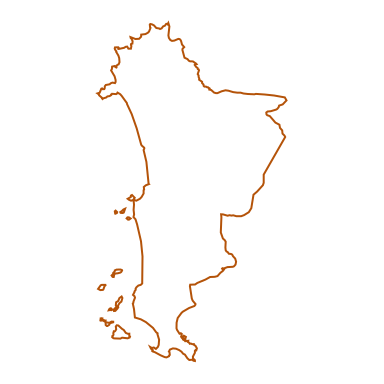 outline of Kiri Sakor, Kaôh Kong, Cambodia
{"feature_id": "14789045B21288093424690", "entity_name": "Kiri Sakor", "entity_type": "district", "adm_level": 2, "iso_a3": "KHM", "parent_name": "Cambodia", "parent_adm1": "Kaôh Kong", "projection": "albers", "projection_center": [103.125, 11.088], "detail": "fine", "context": "isolated", "style": "outline", "palette": "amber", "viewbox_px": 384, "rotation_deg": 0, "n_neighbors": 0, "source": "geoboundaries", "source_scale": "gbopen_adm2", "svg_char_len": 5977}
<svg xmlns="http://www.w3.org/2000/svg" viewBox="0 0 384 384"><path d="M284.8,97.4L274.1,95.5L264.6,94.5L255.9,93.9L254.4,94.3L247.9,94.0L243.5,93.5L240.7,92.7L237.5,92.7L233.1,92.1L228.4,90.7L225.5,90.3L221.6,91.3L217.5,93.1L215.9,93.1L214.1,92.6L211.2,90.0L209.4,89.6L209.7,88.5L209.4,88.2L208.8,88.4L207.9,87.2L206.9,87.2L206.0,86.6L204.4,86.6L203.7,86.0L203.5,84.5L202.1,83.1L202.1,81.8L199.1,79.7L199.3,78.7L198.6,76.9L198.6,75.5L197.7,74.1L199.0,70.3L198.6,69.4L197.8,69.1L197.6,68.0L196.2,67.0L194.7,64.9L195.2,64.3L196.5,64.1L196.2,63.7L192.9,61.4L190.0,61.3L188.8,60.7L187.5,59.1L184.5,57.7L182.4,49.9L182.6,48.7L184.2,47.1L182.0,44.5L181.1,41.1L180.4,39.8L179.6,39.1L178.3,38.9L174.3,40.6L172.0,40.9L170.3,40.0L168.9,37.9L168.4,35.4L169.4,26.5L168.3,23.0L167.7,24.2L167.4,23.8L166.2,23.9L164.9,25.7L163.1,26.4L161.6,28.4L160.0,29.0L159.3,28.5L156.3,28.0L154.0,25.4L152.1,24.4L150.3,24.0L149.8,24.6L150.1,27.5L150.5,27.9L149.0,31.6L147.8,32.8L145.4,34.1L141.2,34.6L141.1,36.7L139.1,38.8L135.4,39.0L130.5,37.1L130.7,38.0L131.5,38.7L132.6,41.2L132.4,43.6L131.1,44.0L130.9,44.9L131.4,46.0L130.9,48.7L128.4,48.7L127.2,46.6L125.7,46.8L124.1,47.8L118.6,49.0L117.5,48.5L118.7,48.5L118.8,47.9L118.3,47.3L115.0,47.4L114.7,48.4L115.0,49.5L116.4,51.4L116.2,51.9L118.4,55.6L119.2,58.1L119.5,62.2L118.6,64.4L117.5,64.8L116.2,66.1L116.6,67.1L116.4,67.5L115.4,67.1L114.7,66.0L112.1,66.6L111.9,69.0L111.1,70.4L114.6,76.3L115.6,80.0L115.6,82.0L115.0,83.1L112.5,82.6L110.7,83.3L109.6,84.3L105.8,85.0L104.8,86.3L104.7,88.2L104.3,89.1L102.8,89.2L102.1,88.4L101.3,88.7L99.7,92.7L97.5,93.4L98.9,94.4L99.1,95.3L102.1,97.9L102.0,98.4L102.6,99.0L103.1,98.4L106.2,97.5L107.4,96.4L109.5,96.1L110.7,95.4L111.0,94.7L111.4,94.8L112.0,93.8L116.1,94.1L116.9,93.7L117.5,92.6L120.2,94.2L121.7,95.9L126.9,103.1L127.0,104.0L131.7,114.1L136.7,128.4L141.2,144.7L141.8,145.6L144.2,147.7L144.3,148.6L143.6,150.0L146.4,161.9L148.6,183.8L148.9,184.1L145.8,185.3L143.8,187.0L144.1,189.6L143.6,190.2L143.6,193.5L141.6,197.0L139.9,198.8L136.3,200.7L134.6,200.1L133.9,198.9L134.7,197.8L132.0,195.0L130.9,195.6L130.8,197.0L127.7,198.8L129.0,199.8L131.1,200.7L132.7,200.1L133.7,201.4L134.0,204.6L133.6,209.9L134.1,214.4L133.5,217.1L135.5,219.3L137.1,224.4L141.0,241.3L142.5,256.4L142.2,283.5L140.7,284.9L138.4,285.5L136.5,287.2L135.6,288.6L135.7,289.8L134.5,291.4L134.5,292.1L133.0,294.9L134.5,296.2L135.0,297.7L133.5,301.5L133.3,303.0L132.8,303.5L134.0,309.1L134.9,317.5L140.8,319.3L145.9,322.1L153.0,327.9L156.2,332.3L157.6,333.3L157.4,334.0L159.1,339.7L158.7,344.9L157.9,346.9L155.9,348.9L153.8,347.5L151.8,348.0L150.2,347.0L151.0,348.7L152.8,350.1L152.2,351.0L152.8,351.5L154.9,352.2L160.6,355.3L164.7,357.1L166.5,357.4L169.0,356.2L169.1,355.5L169.8,354.9L169.5,352.1L168.9,351.6L169.9,349.6L172.9,348.4L176.0,348.7L179.2,350.1L181.5,351.7L183.1,353.7L184.9,354.6L187.4,358.3L189.3,360.0L192.2,359.7L193.4,360.7L194.9,361.0L194.9,360.2L193.0,358.4L192.9,356.6L194.9,352.8L194.9,350.8L195.6,350.0L196.3,350.3L196.9,348.3L195.4,345.7L194.2,345.1L193.9,344.1L192.3,344.2L190.8,343.5L189.8,343.8L189.0,342.6L187.9,342.0L188.2,340.8L185.2,341.2L184.8,340.7L185.3,339.8L184.9,339.5L184.2,340.0L183.5,339.9L182.9,339.4L182.9,338.3L183.3,338.1L184.7,338.6L185.5,338.2L185.9,336.9L183.8,335.7L182.4,337.3L182.0,337.1L181.6,337.5L181.1,336.7L181.6,336.0L181.4,334.9L181.8,334.0L180.8,333.2L179.5,333.7L177.0,329.8L176.5,328.3L176.6,322.7L177.7,318.0L181.5,312.9L182.8,311.7L189.1,308.0L194.4,306.0L195.4,304.7L195.5,304.0L192.7,300.7L191.8,298.5L189.9,286.1L190.2,284.7L195.1,284.5L197.4,282.9L205.4,279.6L210.1,277.0L214.8,276.8L217.5,276.1L220.4,272.8L222.9,270.9L223.2,270.1L222.1,268.6L222.5,268.2L223.0,268.2L224.2,269.2L224.8,268.1L227.5,267.1L232.8,266.8L234.0,266.3L235.5,264.6L236.1,261.7L235.2,258.6L233.0,256.2L232.2,254.6L231.1,254.0L228.8,253.7L227.7,252.1L226.5,251.5L225.7,250.3L225.4,247.5L225.7,241.7L224.7,240.1L222.9,238.5L220.8,232.5L221.4,217.2L221.1,214.3L223.0,214.4L227.6,215.7L229.5,215.2L231.5,215.6L233.2,215.3L236.4,216.2L241.2,216.2L244.1,215.1L248.8,212.2L251.3,208.2L253.5,194.7L257.1,191.6L262.9,185.2L263.7,182.8L263.7,174.6L285.2,137.0L284.5,135.6L282.5,133.6L282.2,130.4L280.0,127.9L279.4,124.7L275.4,122.6L269.8,116.1L267.2,115.2L266.5,114.4L266.3,112.5L267.6,111.5L270.8,111.2L276.1,109.6L277.3,108.9L278.7,107.1L279.1,105.6L282.7,104.4L286.5,100.4L284.8,97.4ZM125.8,332.9L123.7,329.9L122.2,329.0L118.3,325.5L116.7,325.3L115.8,326.5L116.2,329.4L115.1,331.1L114.3,331.6L113.8,331.4L113.3,333.1L113.5,334.7L112.9,335.9L112.4,336.0L112.2,337.2L113.4,338.2L114.4,338.4L120.4,338.6L122.1,337.7L127.7,338.3L129.7,337.5L130.0,336.5L129.3,336.1L129.3,333.7L127.9,333.8L125.8,332.9ZM121.4,301.6L122.4,298.0L121.6,296.5L119.4,298.1L118.2,301.0L116.1,302.3L115.8,305.4L116.5,306.1L116.0,307.3L113.7,309.6L114.0,311.0L115.3,310.9L117.5,308.5L118.3,307.2L117.8,306.1L119.4,303.2L121.4,301.6ZM120.4,269.5L116.6,269.6L114.8,270.4L114.7,271.4L113.2,272.9L113.1,274.0L111.6,275.5L112.6,276.9L113.7,277.0L114.3,274.3L115.5,273.5L117.7,273.3L120.3,272.6L121.2,272.0L122.1,270.5L121.9,270.0L120.4,269.5ZM105.4,284.9L101.7,284.9L100.7,285.3L98.1,288.9L100.3,290.1L102.9,289.9L103.4,289.4L104.5,286.2L105.5,285.3L105.4,284.9ZM110.0,323.2L113.2,322.3L113.2,321.7L111.5,321.6L109.3,322.8L105.6,322.3L105.7,325.0L106.8,326.0L107.4,326.0L109.2,324.8L110.0,323.2ZM122.8,213.0L123.8,212.5L125.1,208.7L123.4,209.5L121.7,211.2L120.3,212.0L120.4,212.6L120.8,212.9L122.8,213.0ZM129.1,219.6L130.6,218.5L128.8,217.3L127.5,217.3L126.6,218.4L128.1,219.7L129.1,219.6ZM115.3,213.7L116.8,213.1L117.2,212.1L115.6,210.6L114.8,211.3L115.1,213.3L115.3,213.7ZM103.8,320.1L102.6,319.7L102.3,319.1L102.4,318.4L101.2,318.2L100.7,318.4L101.0,319.0L100.3,320.1L100.5,320.6L103.1,320.5L103.8,320.1ZM111.8,309.1L111.2,308.4L110.3,308.3L109.1,309.3L108.7,310.3L110.1,310.0L111.4,310.2L111.8,310.0L111.8,309.1ZM105.6,320.6L104.2,320.7L104.1,321.2L104.9,321.7L105.5,321.6L105.6,320.6Z" fill="none" stroke="#b45309" stroke-width="2"/></svg>